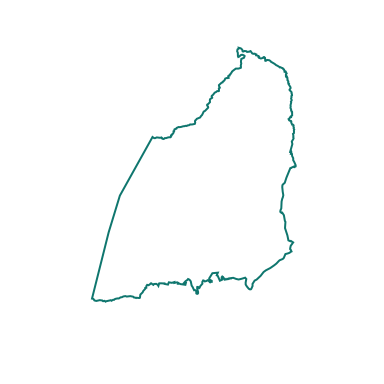 outline of Agua Blanca de Iturbide, Hidalgo, Mexico, rotated 336°
{"feature_id": "50627088B60120060131713", "entity_name": "Agua Blanca de Iturbide", "entity_type": "district", "adm_level": 2, "iso_a3": "MEX", "parent_name": "Mexico", "parent_adm1": "Hidalgo", "projection": "albers", "projection_center": [-98.352, 20.365], "detail": "fine", "context": "isolated", "style": "outline", "palette": "teal", "viewbox_px": 384, "rotation_deg": 336, "n_neighbors": 0, "source": "geoboundaries", "source_scale": "gbopen_adm2", "svg_char_len": 6028}
<svg xmlns="http://www.w3.org/2000/svg" viewBox="0 0 384 384"><g transform="rotate(336 192 192)"><path d="M142.0,270.2L142.4,269.8L144.1,271.5L148.2,274.1L149.4,272.6L147.8,271.8L149.7,270.9L152.2,270.4L153.0,269.9L153.6,270.5L154.3,271.9L154.5,273.2L153.6,277.4L153.9,278.8L154.0,282.6L154.7,282.7L155.1,283.2L155.4,283.9L155.5,284.4L154.7,286.4L154.8,286.7L155.4,287.2L156.0,287.2L156.4,286.9L156.9,285.8L157.4,282.5L157.7,281.7L158.2,280.9L158.9,281.2L159.4,282.7L159.9,282.6L161.2,281.4L164.2,280.0L164.8,278.4L166.2,277.3L166.7,277.6L167.3,278.9L169.2,279.2L170.3,278.9L170.7,279.1L171.5,281.1L171.6,281.7L171.9,281.9L172.3,281.6L173.5,282.1L173.9,281.2L172.5,279.2L172.4,278.5L172.6,277.9L177.6,274.5L182.8,276.2L180.7,278.2L181.4,279.0L181.4,284.4L183.5,284.4L183.8,283.2L184.5,281.9L185.3,281.5L185.8,282.3L184.8,284.1L186.4,284.1L187.0,285.2L186.7,285.5L187.9,285.8L188.7,285.6L189.2,286.2L190.1,285.9L190.4,286.4L191.5,286.4L191.8,286.2L192.4,286.9L193.2,286.7L194.8,287.2L197.0,289.4L199.0,290.9L202.3,291.5L205.7,291.9L206.2,293.6L204.2,296.5L203.4,298.4L203.7,300.6L204.5,303.5L205.4,304.6L206.4,304.8L207.0,304.4L209.1,302.5L209.9,300.6L213.2,298.4L215.4,298.3L220.6,296.5L224.9,294.2L227.7,293.6L232.6,293.3L237.3,292.4L240.0,291.7L243.6,290.2L244.4,290.0L247.6,290.1L249.0,289.6L252.1,286.7L254.6,287.1L256.4,287.2L257.9,286.8L258.7,286.8L258.7,284.8L258.4,284.3L258.7,283.5L260.3,281.3L263.9,279.2L262.4,276.9L261.8,277.0L260.4,275.4L261.5,270.4L262.3,262.8L265.2,257.3L265.1,256.2L266.5,250.6L266.0,247.4L265.7,247.2L265.2,247.4L264.6,246.0L265.4,244.7L266.9,243.3L270.0,237.1L271.5,235.1L272.8,233.8L274.1,232.1L275.0,228.6L276.4,224.4L277.1,223.0L277.8,222.2L280.5,221.3L284.1,217.3L291.5,210.2L292.4,210.4L292.6,210.2L295.1,210.2L295.4,210.4L295.5,210.9L295.8,211.0L296.2,210.3L297.1,210.6L297.3,209.9L297.6,209.7L297.6,206.0L297.4,204.1L298.2,202.3L298.1,199.8L298.8,197.9L298.5,197.4L298.0,197.3L299.0,196.0L299.1,195.2L297.3,196.1L303.2,189.0L303.7,186.5L306.5,184.5L306.7,184.1L306.8,183.0L307.1,182.8L307.5,181.8L307.9,180.0L308.9,179.8L309.6,178.7L310.1,177.2L310.8,176.5L310.7,175.3L311.3,174.5L311.2,173.6L311.4,173.1L311.8,172.8L311.9,172.2L311.5,171.4L310.9,171.2L310.9,168.9L311.4,168.0L311.4,167.5L310.5,166.8L309.9,166.0L309.9,164.7L310.9,164.6L311.7,163.7L312.2,163.7L312.9,163.9L313.1,163.1L314.6,162.8L316.0,159.6L316.0,159.1L315.7,158.9L315.8,158.6L315.7,157.8L316.2,156.7L316.1,155.6L316.2,155.1L316.9,154.1L317.3,152.8L319.0,150.6L319.1,149.7L320.3,148.9L320.5,148.5L320.5,147.0L321.6,145.7L321.7,145.0L322.3,144.3L322.7,144.3L323.1,143.2L323.1,142.2L323.5,141.6L323.5,141.0L322.6,138.7L322.7,138.2L324.2,137.3L324.6,136.4L324.1,132.6L324.6,132.4L324.3,131.3L325.0,130.1L324.7,128.5L325.0,128.3L325.1,127.8L325.6,126.5L325.6,126.2L325.0,125.7L324.8,124.8L324.9,124.4L325.5,124.4L325.3,123.7L325.6,122.8L326.7,122.2L326.7,121.9L326.3,121.1L326.6,120.6L326.6,120.0L326.2,119.5L325.5,119.6L325.9,117.7L325.5,117.2L325.6,116.8L325.2,116.3L325.2,115.7L324.4,115.1L323.6,114.0L323.0,113.9L323.0,113.6L322.3,112.8L321.5,111.5L320.5,110.4L319.6,108.6L317.7,105.9L317.3,105.6L316.9,104.2L316.4,103.4L316.1,103.0L314.3,101.9L313.0,102.2L312.5,102.1L312.3,101.9L312.4,101.5L312.8,101.2L312.8,100.4L313.2,99.3L312.7,99.0L312.9,98.2L312.7,98.0L312.2,97.9L311.4,98.3L309.9,98.2L309.0,97.9L307.7,96.6L307.6,96.1L308.3,95.8L308.1,94.8L307.7,94.6L306.8,93.5L306.1,93.2L306.1,92.7L306.5,92.3L305.9,91.8L305.8,91.4L305.3,91.0L304.2,90.7L303.4,89.9L302.8,87.1L302.1,87.0L301.0,87.1L300.3,86.6L299.3,86.5L298.8,85.4L297.2,84.5L296.4,84.6L295.9,84.5L295.9,84.1L295.5,83.8L295.8,82.4L295.0,80.6L293.3,79.2L293.2,79.6L292.8,80.1L291.8,80.1L291.5,80.3L290.5,81.8L290.5,83.4L289.2,86.6L289.2,87.5L290.4,87.5L292.0,86.8L293.3,86.9L293.9,87.2L295.0,88.3L295.4,89.2L294.1,90.5L291.2,90.5L290.0,92.3L289.5,93.4L289.4,94.4L287.9,96.5L287.6,97.7L287.1,98.4L284.8,98.2L282.2,97.1L278.7,97.9L277.4,98.3L276.9,98.9L275.8,99.4L275.3,99.9L274.1,100.1L273.8,100.9L272.2,100.9L271.9,101.7L271.9,102.6L271.0,102.5L270.1,102.0L268.5,101.9L267.1,103.2L266.6,103.3L265.8,103.7L265.0,103.7L264.5,104.3L263.4,104.2L260.1,105.3L259.8,106.0L259.8,108.0L259.2,108.0L259.0,108.3L258.6,108.4L258.2,109.7L257.6,110.7L257.3,110.7L256.8,110.3L255.8,110.1L254.9,110.4L253.1,110.5L250.7,111.8L249.2,112.2L248.8,112.7L248.8,114.1L248.3,114.3L246.8,114.4L246.1,114.7L245.5,115.7L245.0,117.2L242.6,118.2L241.6,118.3L241.1,118.7L241.1,119.6L241.4,120.4L241.2,121.3L240.9,121.6L236.9,123.2L235.4,123.3L232.6,125.7L230.9,126.4L229.8,127.2L226.1,127.1L225.3,127.6L224.0,128.0L223.5,128.6L223.1,130.0L222.3,130.9L220.1,130.5L218.1,129.8L217.8,129.5L216.3,129.8L215.3,129.4L214.0,129.5L213.7,129.2L212.9,128.9L211.8,128.8L210.8,128.4L208.4,128.1L207.0,127.7L206.2,127.2L204.5,127.2L204.0,127.2L203.5,127.8L201.6,127.6L201.0,128.2L200.5,129.1L199.8,129.1L199.8,129.7L198.9,130.6L197.8,131.2L197.1,131.2L196.5,132.0L195.8,131.8L195.5,132.5L195.1,133.1L194.3,133.2L193.5,132.7L191.7,132.3L190.6,132.3L188.9,131.7L188.4,132.0L187.3,131.9L186.6,131.2L186.4,130.9L186.6,130.5L186.2,129.7L185.5,129.7L184.7,129.4L182.0,127.8L180.3,127.8L179.4,127.4L179.1,127.1L178.3,125.7L124.6,166.0L99.5,194.9L57.3,248.7L58.2,249.3L58.6,250.1L58.7,251.3L59.0,251.6L60.3,252.6L63.8,253.3L66.0,254.7L66.1,255.2L66.4,255.6L67.9,255.9L68.4,257.0L69.2,256.9L73.1,257.7L73.5,257.7L74.3,258.6L74.7,258.3L75.7,258.5L76.2,258.4L77.0,258.8L77.8,258.5L78.8,258.5L80.6,258.9L81.8,259.5L83.8,259.2L85.2,259.6L86.8,259.5L88.8,260.0L89.9,261.0L93.2,262.0L95.4,263.5L95.8,263.9L96.1,264.8L96.9,265.2L97.8,266.1L98.2,266.0L100.7,267.4L101.4,267.4L103.1,264.7L106.1,263.6L107.2,262.6L109.9,261.4L110.3,260.6L111.3,260.9L112.0,259.4L113.3,258.6L114.4,259.5L116.1,259.2L117.1,258.7L117.7,258.9L118.3,260.2L118.9,261.1L119.9,260.6L122.0,261.4L122.9,262.8L123.1,264.1L124.6,262.3L124.9,262.4L125.1,262.2L129.7,264.3L129.5,264.8L132.4,266.8L134.1,265.1L136.7,266.8L139.3,267.1L138.9,267.9L141.7,268.5L142.4,269.3L141.8,270.1L142.0,270.2Z" fill="none" stroke="#0f766e" stroke-width="2"/></g></svg>